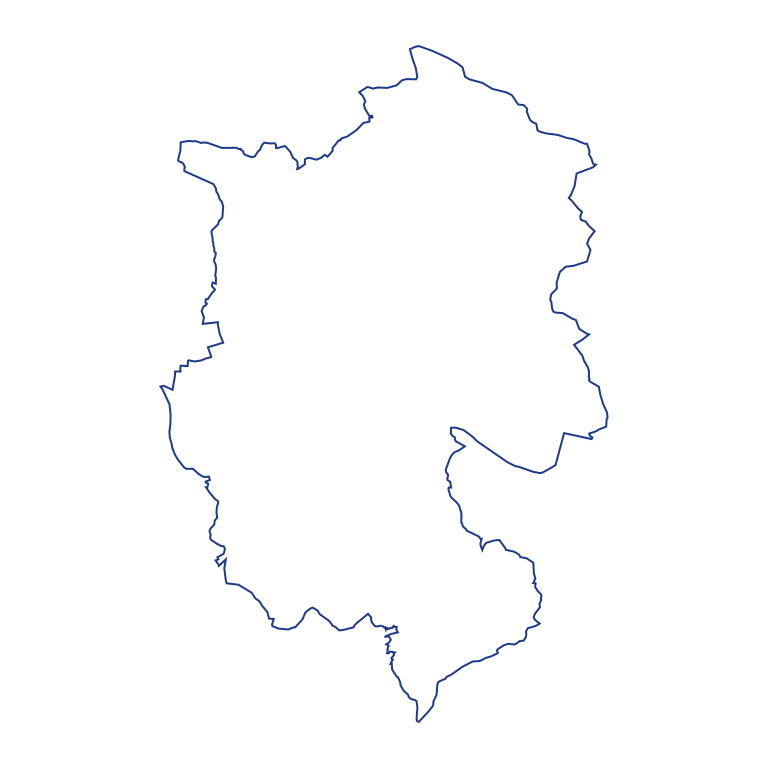 the district of Ilia, Hunedoara, Romania
{"feature_id": "2599482B21217302662238", "entity_name": "Ilia", "entity_type": "district", "adm_level": 2, "iso_a3": "ROU", "parent_name": "Romania", "parent_adm1": "Hunedoara", "projection": "equal_earth", "projection_center": [22.679, 45.938], "detail": "fine", "context": "isolated", "style": "outline", "palette": "blue", "viewbox_px": 768, "rotation_deg": 0, "n_neighbors": 0, "source": "geoboundaries", "source_scale": "gbopen_adm2", "svg_char_len": 6101}
<svg xmlns="http://www.w3.org/2000/svg" viewBox="0 0 768 768"><path d="M555.5,465.2L564.1,433.1L591.6,439.1L592.3,437.3L590.0,435.9L589.2,433.6L596.0,431.3L598.7,429.6L606.2,426.6L606.6,419.5L607.5,418.0L607.1,412.7L603.1,403.9L600.4,395.0L598.8,386.7L590.0,381.6L588.9,380.0L589.6,378.7L588.6,376.8L589.0,376.0L588.9,371.1L587.8,367.3L584.0,360.7L582.3,355.5L574.1,344.8L582.2,339.7L589.0,334.4L586.9,333.7L579.3,329.0L575.9,320.0L572.4,318.8L562.8,313.1L556.0,312.6L553.7,311.9L552.2,309.2L551.4,302.1L550.2,299.8L551.2,294.3L556.9,288.5L556.6,282.6L559.9,271.9L565.7,266.7L573.5,265.8L587.0,261.5L590.5,250.0L587.1,243.7L589.1,238.5L594.6,231.2L588.5,225.5L585.8,221.6L581.0,219.9L580.2,216.3L582.0,211.9L578.3,208.7L571.5,200.4L568.8,198.0L570.9,195.0L574.6,186.0L576.6,173.5L592.0,167.7L593.8,166.7L595.8,164.7L593.9,164.4L593.1,163.6L591.2,158.1L588.9,154.1L589.5,152.2L589.1,149.8L587.0,143.8L584.9,143.8L573.6,139.2L566.4,137.8L557.8,134.9L546.4,133.5L539.3,131.5L537.4,130.1L536.3,123.8L532.5,122.1L530.1,120.0L526.7,111.5L527.2,109.6L526.7,108.1L523.7,105.1L518.2,104.5L511.9,95.2L506.2,92.3L492.3,88.9L482.7,83.0L469.0,79.2L465.0,76.6L462.6,67.5L458.2,63.9L448.3,58.1L431.4,50.5L418.8,46.1L415.2,46.8L409.9,49.2L412.4,58.4L415.8,68.1L417.3,76.9L416.0,79.3L406.3,79.1L402.0,80.3L396.6,85.4L387.3,87.9L377.6,87.5L373.1,88.6L367.6,86.9L359.2,92.2L362.8,96.1L365.3,101.1L363.8,104.7L365.2,109.2L369.5,116.1L372.1,115.8L372.4,117.4L369.2,118.0L369.5,121.6L363.3,123.0L356.8,129.8L347.4,136.5L341.2,138.5L340.3,140.3L338.7,140.4L332.6,148.0L332.5,151.0L327.5,156.7L324.8,154.8L320.7,158.0L316.6,159.7L309.3,157.8L306.7,158.3L304.9,159.5L304.8,164.3L298.8,168.6L297.2,169.1L297.8,167.1L297.4,162.0L296.3,160.3L293.1,158.1L290.3,151.9L285.9,146.9L284.8,146.0L276.5,148.3L275.9,147.9L276.0,144.9L274.8,143.3L274.1,143.2L270.8,143.5L264.1,142.7L261.9,145.3L260.2,149.4L257.6,152.0L255.3,155.7L254.4,156.6L251.5,157.2L245.4,154.9L243.6,153.5L243.1,151.1L240.4,149.5L240.5,148.9L238.9,149.0L236.3,147.8L221.9,147.9L207.3,142.8L202.7,142.5L201.4,143.0L195.2,141.0L193.4,141.4L188.7,140.9L180.7,142.3L180.4,150.6L178.0,160.2L178.8,161.3L181.7,162.4L183.4,163.8L184.9,166.9L184.4,168.4L184.4,171.1L213.5,184.2L215.9,188.4L216.3,191.5L218.2,194.6L219.8,199.5L221.7,201.5L223.2,206.5L222.4,217.1L221.2,219.0L219.1,220.6L218.1,224.3L211.6,230.7L211.7,234.5L212.5,236.9L212.7,241.4L213.4,243.2L213.3,245.1L214.3,248.8L214.3,251.5L215.8,253.0L215.4,256.0L214.2,259.1L214.2,261.6L215.6,264.5L216.2,268.4L215.3,275.5L216.0,278.4L215.8,283.8L212.7,282.5L211.9,285.9L212.8,287.4L214.4,288.6L214.9,289.8L212.0,292.9L207.8,299.2L205.9,299.2L205.4,302.4L206.9,303.8L205.3,305.7L203.6,306.3L201.6,311.1L203.9,317.4L202.8,323.9L217.9,322.2L217.9,324.7L219.7,333.9L223.2,342.7L207.9,347.3L211.3,356.6L211.0,357.2L205.7,358.5L201.3,360.4L194.8,361.5L188.5,360.3L188.1,360.7L187.6,366.1L180.6,365.7L180.2,371.1L181.4,371.5L175.1,371.5L175.0,375.7L172.5,389.8L163.7,385.8L160.5,386.5L162.6,389.6L169.5,404.3L170.6,414.9L170.4,423.6L169.4,431.8L169.8,437.4L171.8,444.6L172.2,447.6L174.9,454.6L177.6,459.1L183.9,467.2L186.1,468.8L193.0,468.8L198.3,473.7L202.6,476.5L204.7,477.0L209.0,476.6L209.8,480.1L205.7,481.5L205.7,482.4L208.1,483.7L208.2,484.3L207.3,487.3L206.0,487.3L209.3,492.2L215.1,499.1L217.9,501.0L218.2,502.4L216.8,507.8L216.5,512.5L217.2,517.8L214.8,520.4L214.2,524.7L210.8,528.2L209.7,530.2L209.7,532.1L210.7,534.9L210.2,536.3L210.5,539.0L211.7,540.3L216.7,543.6L220.9,545.9L223.7,546.3L224.7,548.3L224.9,549.2L223.7,553.7L217.4,557.3L218.4,559.3L215.6,560.4L218.5,564.6L218.8,565.9L225.8,559.4L224.3,568.4L225.8,580.3L226.6,583.3L238.4,584.7L251.6,592.7L255.4,598.4L259.4,601.3L262.5,606.3L267.3,611.9L269.1,618.6L273.7,619.0L272.2,624.0L272.1,625.4L272.6,626.2L278.6,628.6L288.3,629.5L292.4,627.7L295.3,627.2L302.3,619.6L305.5,612.3L310.5,608.4L312.7,607.6L317.7,610.6L319.9,614.4L328.2,620.2L330.0,621.9L332.7,625.8L335.3,626.9L339.2,630.4L343.1,630.0L353.4,627.4L354.7,625.0L356.4,623.4L368.0,613.8L371.2,617.5L371.0,619.2L371.9,622.5L375.0,626.2L377.5,626.4L380.4,625.7L382.9,626.4L384.7,627.9L385.1,627.5L385.8,629.5L386.3,627.8L387.3,628.0L387.4,629.0L388.3,629.1L390.7,627.8L391.5,628.2L392.8,627.6L393.2,626.2L393.9,625.8L395.2,627.2L396.6,627.0L396.3,629.4L397.8,632.4L390.4,634.2L385.3,636.5L385.4,636.9L388.6,636.2L390.9,639.7L389.0,642.6L386.2,644.3L388.6,645.8L387.4,649.0L387.8,649.6L387.1,653.3L388.7,653.2L390.0,651.5L394.8,652.5L393.6,653.5L394.1,654.9L391.5,658.1L391.9,659.5L393.6,659.3L392.3,660.1L390.6,663.9L391.7,663.6L392.2,669.6L396.5,676.3L398.0,677.3L400.2,682.2L400.6,685.6L403.8,690.8L408.1,694.8L408.6,696.7L410.4,698.7L415.0,700.1L416.6,701.3L417.4,707.7L416.6,718.1L416.9,721.0L418.8,721.9L428.6,711.4L432.5,706.4L433.3,704.8L433.4,701.7L436.5,694.8L437.4,684.6L438.2,682.4L439.3,681.4L445.5,678.7L446.7,676.8L451.2,674.7L462.4,666.8L472.6,661.5L479.9,661.0L485.5,658.0L490.8,656.5L497.4,653.3L497.9,652.7L496.9,650.4L497.8,649.1L503.8,645.3L508.2,643.8L514.2,644.5L516.6,643.5L519.6,641.1L523.7,640.6L525.7,637.6L526.4,634.2L525.9,631.6L528.2,627.8L530.7,627.5L536.6,625.5L539.6,623.6L535.3,620.1L533.6,617.6L534.8,614.0L539.9,607.3L539.5,604.0L541.1,600.1L540.9,598.3L541.5,595.9L541.0,594.4L537.5,590.7L535.5,587.4L535.1,586.5L535.6,583.4L533.3,583.0L534.3,581.9L534.1,580.7L535.4,578.7L533.9,573.4L533.3,562.7L526.4,558.2L520.4,557.1L519.0,554.6L514.2,551.7L505.9,549.8L505.3,548.2L499.4,540.0L494.1,540.5L486.1,542.9L483.8,546.0L482.3,550.0L480.5,545.2L480.5,543.3L481.6,539.0L480.8,539.3L478.8,536.5L466.4,530.5L466.1,529.2L463.3,526.8L462.4,525.2L462.3,523.7L461.3,522.7L461.4,513.2L459.0,505.4L456.6,502.4L450.8,496.9L448.4,489.5L448.8,487.5L451.2,487.5L450.2,481.9L447.5,480.0L447.3,478.8L448.2,474.9L446.1,472.2L445.8,469.6L449.7,458.9L452.1,454.5L454.8,452.0L458.9,450.4L464.9,446.3L455.8,441.3L455.1,439.8L454.8,437.3L452.7,436.2L450.7,433.3L451.0,432.9L450.9,427.8L455.5,427.6L463.5,430.0L471.7,436.0L477.3,441.4L507.6,462.3L515.4,466.2L518.8,466.8L533.1,471.8L539.9,473.1L541.9,472.8L545.1,471.2L555.5,465.2Z" fill="none" stroke="#1e3a8a" stroke-width="2"/></svg>